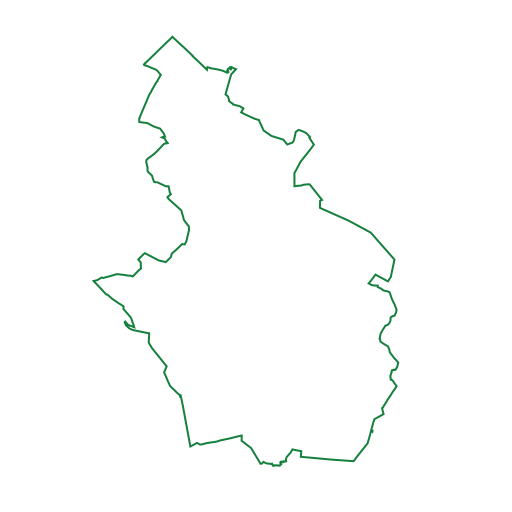 Mores pag., Siguldas, Latvia (Mercator projection), rotated 188°
{"feature_id": "27541924B85362854834044", "entity_name": "Mores pag.", "entity_type": "district", "adm_level": 2, "iso_a3": "LVA", "parent_name": "Latvia", "parent_adm1": "Siguldas", "projection": "mercator", "projection_center": [25.077, 57.066], "detail": "fine", "context": "isolated", "style": "outline", "palette": "green", "viewbox_px": 512, "rotation_deg": 188, "n_neighbors": 0, "source": "geoboundaries", "source_scale": "gbopen_adm2", "svg_char_len": 5753}
<svg xmlns="http://www.w3.org/2000/svg" viewBox="0 0 512 512"><g transform="rotate(188 256 256)"><path d="M109.9,218.1L109.6,219.0L109.5,219.7L109.3,221.3L109.4,222.2L109.6,222.8L110.1,223.9L110.9,225.2L112.3,227.8L114.1,230.2L114.5,230.9L116.0,233.4L117.6,236.7L118.7,238.7L120.2,239.2L124.0,239.5L125.1,239.7L127.8,241.2L131.1,242.1L131.3,243.6L135.4,243.2L137.2,243.3L140.6,244.5L139.0,247.1L136.5,251.5L135.1,254.2L132.5,253.2L123.3,249.8L122.9,249.6L122.5,249.6L121.8,249.3L119.6,254.0L119.3,258.3L118.4,271.7L120.8,273.8L145.6,295.1L169.5,304.0L183.6,308.0L198.1,312.2L199.4,312.6L200.1,318.8L200.2,319.6L200.1,319.8L198.4,320.7L212.8,334.4L214.2,334.3L219.1,333.1L220.9,332.1L224.9,331.2L227.6,330.4L229.5,343.5L228.1,347.0L225.1,355.4L218.0,367.4L214.2,374.3L219.6,380.5L219.1,381.3L223.0,384.5L225.8,385.6L231.0,386.8L231.4,386.7L232.3,385.9L233.9,384.5L234.4,377.3L234.9,374.7L235.6,373.4L240.6,370.8L244.9,374.8L245.1,375.0L257.3,377.0L265.9,381.3L269.8,387.5L270.4,388.3L271.8,390.7L271.9,391.0L276.8,391.8L286.1,394.6L290.7,396.2L290.1,397.4L289.0,400.5L291.2,401.3L292.8,402.0L299.8,402.9L299.9,403.3L304.3,405.6L304.5,406.9L305.9,410.1L308.7,411.8L307.9,417.7L305.9,432.3L301.8,438.2L306.9,439.7L307.4,439.6L307.0,439.1L306.7,438.9L306.5,438.5L306.6,437.8L306.7,437.5L306.9,437.2L307.3,437.3L307.5,437.5L307.7,437.9L308.0,438.4L308.3,438.5L309.3,437.9L309.8,437.4L310.0,437.0L309.9,436.4L310.2,436.1L310.3,435.3L310.1,435.1L309.9,435.1L309.5,435.7L309.1,434.9L309.0,434.7L309.1,434.4L309.0,434.0L309.1,433.9L309.4,433.8L309.8,433.7L310.0,433.7L310.3,433.5L310.6,433.6L311.0,433.7L313.7,434.6L317.2,435.2L321.5,435.5L321.9,435.5L326.1,435.6L327.5,435.7L327.8,435.9L330.5,436.2L330.5,433.6L339.3,440.0L346.6,445.1L346.5,445.4L352.4,449.6L357.7,453.4L358.2,453.6L369.3,461.4L369.5,461.2L371.2,458.8L374.1,455.2L377.9,450.3L378.1,450.1L379.7,448.0L390.9,433.6L392.1,432.0L392.3,432.0L392.7,431.5L392.7,431.2L393.5,430.3L393.7,430.1L393.7,429.9L392.9,429.4L392.3,429.3L390.4,429.0L388.1,428.5L386.4,427.9L383.8,427.3L381.1,426.6L380.7,426.4L380.0,426.0L379.0,425.3L376.7,423.2L375.5,422.1L376.9,418.7L378.0,415.8L377.9,415.5L378.2,415.3L379.3,413.1L382.3,405.5L382.5,404.7L384.2,400.6L390.6,376.6L390.4,376.3L390.8,375.5L390.2,372.4L382.0,372.5L381.0,372.1L375.3,370.0L368.7,368.8L364.7,364.9L362.8,361.8L363.1,361.8L365.6,360.4L364.0,360.0L363.3,359.8L362.7,359.4L361.1,357.4L359.2,355.5L360.4,355.0L361.7,354.7L362.5,354.4L363.0,353.9L364.4,351.9L365.2,350.8L366.1,349.4L367.4,347.7L368.7,345.8L371.5,342.4L374.9,339.1L376.4,337.7L377.3,336.5L377.7,336.0L377.8,335.5L377.8,334.8L377.7,333.2L377.1,332.2L376.6,330.7L376.2,329.5L375.7,329.0L375.6,327.2L375.4,326.2L375.1,325.1L375.0,324.7L374.6,324.3L372.3,322.6L370.9,321.7L370.5,321.4L370.0,320.8L369.0,318.5L367.8,316.2L367.4,315.3L366.8,315.2L365.7,315.1L363.7,315.2L355.1,312.5L352.4,312.9L352.2,312.8L350.2,306.9L348.9,305.4L351.9,302.1L351.6,301.5L349.9,299.9L336.2,290.7L334.9,287.4L334.3,286.3L332.5,281.9L332.3,281.6L330.9,280.1L326.6,275.9L325.9,272.3L326.0,271.9L327.0,261.0L328.1,257.9L328.1,257.6L330.9,257.5L331.1,257.2L335.1,252.0L339.6,246.8L340.3,242.8L344.5,237.4L351.7,238.1L366.4,243.3L367.5,242.3L372.1,236.2L369.2,233.5L368.2,227.5L370.0,225.6L375.2,218.6L377.0,219.0L380.7,218.8L384.1,218.9L391.3,218.7L397.6,215.8L404.3,213.0L405.9,213.2L407.3,212.0L409.7,210.1L413.3,208.6L408.4,204.8L399.0,197.1L397.7,197.1L392.3,193.5L385.2,190.0L383.1,189.1L380.1,187.6L380.0,185.2L371.4,177.7L367.2,169.8L367.0,169.2L366.7,168.5L369.4,169.2L371.8,169.6L373.6,170.4L376.4,172.9L376.8,172.2L375.9,170.6L375.0,169.2L371.7,166.9L369.4,166.0L366.8,165.5L354.3,164.7L351.0,164.6L350.2,155.3L346.1,150.2L329.1,134.3L330.1,130.4L330.8,128.0L328.9,124.9L328.1,123.6L325.8,119.7L323.1,115.5L321.3,114.0L319.6,112.9L314.8,109.3L314.3,109.0L312.1,107.6L311.8,106.7L311.2,107.3L308.7,100.6L307.6,97.5L294.5,58.2L290.9,60.8L288.4,62.7L285.2,61.5L283.6,61.8L282.1,62.5L279.4,63.6L276.0,64.7L271.8,65.9L268.7,66.9L267.1,67.7L267.0,67.8L266.2,68.2L264.9,68.7L255.5,72.1L251.0,74.0L245.2,76.2L244.5,71.0L244.4,71.0L234.1,65.1L222.7,51.1L222.6,50.9L221.4,51.2L220.0,53.1L216.8,52.1L212.8,52.2L212.4,52.1L211.9,52.1L211.3,52.6L211.0,52.3L211.1,52.0L210.9,51.8L210.4,51.4L210.3,51.2L210.1,50.8L210.0,50.7L209.8,50.6L209.2,50.6L209.0,51.0L208.9,51.2L208.2,51.2L208.0,51.4L207.7,51.4L206.6,51.6L205.9,51.5L205.6,51.4L205.0,51.7L204.8,51.8L204.7,51.8L204.2,51.7L203.9,51.7L203.6,51.6L203.4,51.6L203.2,51.9L203.1,52.2L202.2,53.0L202.0,53.4L202.0,53.6L202.6,53.7L202.6,53.8L203.0,54.2L203.2,55.0L203.1,55.4L202.9,55.7L202.6,55.9L202.4,55.9L202.1,55.7L201.9,55.6L201.3,55.8L201.2,55.9L200.7,56.2L200.4,55.9L200.2,56.2L200.1,56.3L199.9,56.0L198.6,56.7L197.8,56.7L197.6,56.8L197.5,57.0L197.7,57.4L198.0,57.5L198.0,58.6L197.8,60.9L194.3,66.3L194.0,67.0L193.0,69.6L191.9,69.4L184.0,69.0L183.7,63.4L152.6,64.9L130.7,66.4L129.4,68.8L128.6,70.4L119.8,85.4L119.4,85.9L118.1,95.5L117.7,99.2L116.3,98.2L116.2,99.2L117.6,100.2L116.9,105.3L116.6,108.0L116.0,110.9L107.7,117.2L109.9,122.6L109.9,122.8L109.7,122.8L106.1,130.9L105.9,131.6L103.6,136.2L103.3,136.7L101.8,140.3L100.2,143.2L98.7,146.6L103.5,151.8L104.5,152.2L105.4,152.3L105.5,152.6L105.6,153.8L105.8,154.0L105.8,154.6L106.0,154.8L106.0,155.1L106.2,155.4L106.3,155.8L106.2,156.3L105.5,159.9L105.7,161.0L105.2,162.0L103.8,162.1L103.5,162.7L102.8,162.5L102.1,162.7L100.8,165.6L100.5,168.3L100.3,170.3L103.4,173.0L104.3,173.6L105.0,174.2L110.1,179.3L111.0,181.9L112.6,184.8L117.6,186.9L121.0,188.7L121.5,191.1L122.1,191.3L121.8,196.4L120.5,199.9L118.1,205.1L116.7,205.7L115.9,206.3L114.7,208.0L113.9,210.1L113.9,211.5L114.1,213.1L114.0,214.1L112.9,214.8L112.5,215.5L111.0,216.0L110.3,216.4L109.9,218.1Z" fill="none" stroke="#15803d" stroke-width="2"/></g></svg>